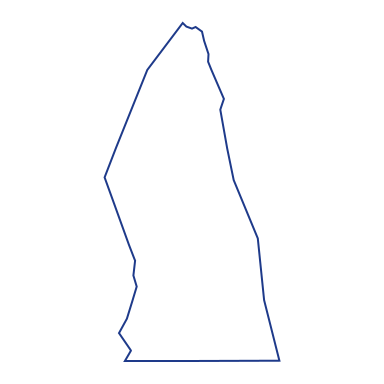 the district of Djigueni, Hodh ech Chargui, Mauritania
{"feature_id": "47542326B52298833192374", "entity_name": "Djigueni", "entity_type": "district", "adm_level": 2, "iso_a3": "MRT", "parent_name": "Mauritania", "parent_adm1": "Hodh ech Chargui", "projection": "equal_earth", "projection_center": [-8.77, 16.018], "detail": "fine", "context": "isolated", "style": "outline", "palette": "blue", "viewbox_px": 384, "rotation_deg": 0, "n_neighbors": 0, "source": "geoboundaries", "source_scale": "gbopen_adm2", "svg_char_len": 524}
<svg xmlns="http://www.w3.org/2000/svg" viewBox="0 0 384 384"><path d="M279.4,360.7L264.1,300.1L257.8,238.4L233.7,180.1L227.2,148.5L220.3,109.7L221.0,107.5L223.9,98.9L211.4,69.9L208.1,61.7L208.5,54.1L204.1,40.8L202.0,31.6L195.6,27.0L192.0,28.6L186.4,26.6L182.7,23.0L147.3,69.9L116.1,147.6L104.6,177.4L113.0,200.6L128.9,244.7L134.7,259.7L135.1,260.6L133.4,275.5L136.7,286.6L132.4,300.9L126.9,318.7L119.0,333.1L130.6,350.0L130.9,350.7L124.9,361.0L189.3,361.0L279.4,360.7Z" fill="none" stroke="#1e3a8a" stroke-width="2"/></svg>